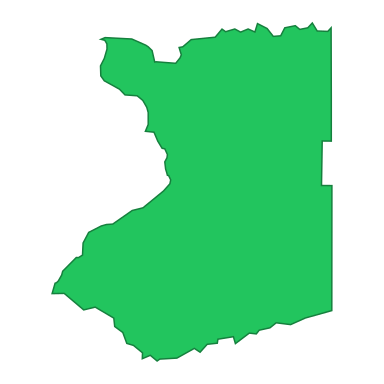 the district of Erie, New York, United States of America
{"feature_id": "52423323B92741938255653", "entity_name": "Erie", "entity_type": "district", "adm_level": 2, "iso_a3": "USA", "parent_name": "United States of America", "parent_adm1": "New York", "projection": "robinson", "projection_center": [-78.83, 42.768], "detail": "fine", "context": "isolated", "style": "filled", "palette": "green", "viewbox_px": 384, "rotation_deg": 0, "n_neighbors": 0, "source": "geoboundaries", "source_scale": "gbopen_adm2", "svg_char_len": 1454}
<svg xmlns="http://www.w3.org/2000/svg" viewBox="0 0 384 384"><path d="M331.3,141.1L331.3,96.5L331.1,27.8L327.8,31.4L317.2,31.0L312.3,23.0L307.8,27.8L299.8,29.4L295.3,25.7L284.8,27.8L280.7,35.8L273.3,36.4L267.1,28.5L257.5,23.6L254.9,32.0L248.1,29.0L240.6,32.1L234.8,29.0L225.6,31.7L222.0,29.1L215.2,37.2L191.2,39.6L182.8,46.8L179.1,47.5L181.3,54.8L180.1,57.8L175.7,63.3L156.2,61.8L154.7,62.0L152.1,50.6L148.2,46.8L145.8,45.2L131.8,39.0L105.1,37.6L101.0,39.3L104.8,40.3L106.9,43.9L107.0,49.1L104.3,58.4L100.5,65.9L100.8,75.9L104.3,80.8L119.5,89.2L125.0,94.9L137.2,95.8L142.8,100.4L145.5,105.1L146.8,107.4L148.2,112.5L148.2,124.5L145.4,131.3L154.0,132.2L157.8,141.2L162.1,148.3L164.8,148.8L167.4,154.5L167.0,157.7L164.8,161.9L165.6,169.0L166.8,172.9L167.4,175.3L168.6,175.5L170.7,179.9L169.9,183.8L163.6,190.9L143.0,207.8L132.2,210.5L121.6,217.9L112.7,224.1L106.5,224.5L101.2,226.0L88.7,232.4L83.1,243.0L82.5,255.1L78.5,257.6L76.3,257.5L62.7,271.2L61.7,275.0L58.3,281.0L56.5,282.7L55.1,283.2L52.1,293.6L64.2,293.4L83.7,309.9L95.2,307.1L113.8,318.1L114.7,326.5L122.8,332.5L126.8,343.4L133.5,345.4L142.5,352.8L142.3,358.7L150.3,355.3L157.1,361.0L159.8,359.1L176.9,358.1L194.3,348.4L200.1,352.2L207.2,344.3L217.3,343.2L217.9,339.2L233.4,336.7L235.4,343.6L249.3,333.1L256.3,333.9L259.2,330.2L270.0,327.8L276.2,322.8L290.6,324.6L305.3,318.0L331.8,310.6L331.9,185.6L321.5,185.5L322.2,141.0L331.3,141.1Z" fill="#22c55e" stroke="#15803d" stroke-width="1.5"/></svg>